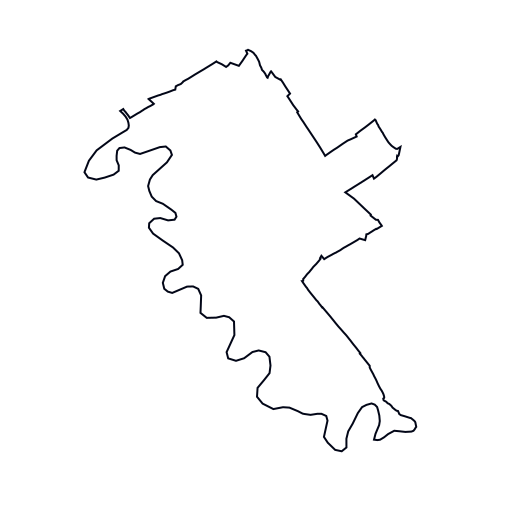 Rachiteni, Iasi, Romania, rotated 172°
{"feature_id": "2599482B67197687394814", "entity_name": "Rachiteni", "entity_type": "district", "adm_level": 2, "iso_a3": "ROU", "parent_name": "Romania", "parent_adm1": "Iasi", "projection": "orthographic", "projection_center": [26.897, 47.06], "detail": "fine", "context": "isolated", "style": "outline", "palette": "ink", "viewbox_px": 512, "rotation_deg": 172, "n_neighbors": 0, "source": "geoboundaries", "source_scale": "gbopen_adm2", "svg_char_len": 6031}
<svg xmlns="http://www.w3.org/2000/svg" viewBox="0 0 512 512"><g transform="rotate(172 256 256)"><path d="M367.0,420.0L370.3,418.5L367.8,415.4L365.8,412.3L364.3,408.9L363.8,405.7L363.8,402.9L364.5,400.6L366.5,398.8L370.6,397.1L381.9,392.3L399.1,382.8L408.2,373.6L413.7,363.8L414.2,362.8L411.4,357.1L403.5,353.9L394.9,354.7L385.7,356.4L380.1,359.5L379.3,364.9L380.7,370.2L380.1,374.6L378.8,379.6L376.2,381.9L371.1,381.8L365.4,378.5L361.4,375.2L356.6,373.2L348.3,374.8L336.1,377.2L330.1,377.0L326.1,372.4L325.2,367.8L331.2,361.1L347.0,350.5L350.4,346.5L353.1,340.3L352.6,335.3L351.0,329.3L347.3,324.3L341.0,320.7L333.5,313.8L329.8,309.9L329.3,306.0L331.6,303.3L338.1,303.5L345.5,306.9L351.7,307.1L357.2,303.3L358.1,298.9L354.8,292.5L346.2,284.3L337.0,276.0L331.9,269.4L329.7,262.1L329.8,257.5L334.9,254.0L342.9,252.5L348.8,248.7L352.0,242.4L351.4,236.3L348.3,233.0L344.1,231.1L328.5,235.3L322.5,234.6L317.8,231.5L315.8,224.6L317.7,213.9L318.9,207.4L313.4,201.6L304.0,200.5L296.1,201.2L291.1,199.1L286.9,194.2L288.4,180.7L294.1,171.8L298.5,164.9L297.8,158.5L290.4,155.0L282.0,156.4L272.9,161.4L266.5,162.1L259.9,159.4L256.7,154.4L256.9,145.5L258.9,138.1L265.3,132.0L272.8,125.2L274.6,116.5L270.0,108.9L260.1,102.0L250.3,102.5L244.0,101.2L236.1,96.5L231.7,93.4L230.0,92.8L224.1,91.1L217.2,91.2L213.1,90.6L208.7,87.8L208.1,83.0L210.3,77.1L213.9,67.4L210.9,61.1L204.6,53.0L198.3,50.7L193.1,53.8L191.9,62.5L189.1,69.5L183.6,76.5L180.1,81.7L177.0,86.3L172.0,91.6L167.3,93.2L162.1,93.9L159.1,92.3L157.1,89.6L156.6,86.3L156.1,80.8L156.4,75.3L157.6,71.4L162.4,63.3L164.7,57.7L161.4,56.8L158.7,56.8L154.5,58.6L149.9,61.3L143.4,63.7L138.0,62.4L132.6,61.0L126.6,60.5L126.1,60.6L124.4,61.0L123.0,62.3L122.0,63.6L121.1,64.5L121.2,66.3L121.3,67.6L121.3,68.5L121.5,69.6L122.1,70.6L123.3,72.0L125.2,74.0L126.0,74.2L131.2,76.7L134.8,78.3L136.2,79.7L136.4,80.8L137.0,82.8L138.3,83.2L139.5,84.3L140.4,85.3L141.9,86.9L142.6,88.4L143.3,89.4L144.6,90.9L146.2,91.9L146.7,92.7L147.4,93.6L147.8,93.9L149.2,94.9L149.7,95.4L149.8,96.1L149.8,97.1L148.9,97.6L148.7,98.1L148.7,99.2L149.0,101.3L149.6,103.3L150.3,105.2L151.1,106.8L151.6,108.0L152.4,110.2L152.9,111.8L153.5,113.7L153.8,114.9L154.3,116.6L154.8,118.1L155.4,119.7L155.9,121.1L156.2,122.3L156.7,123.6L157.3,125.2L157.8,126.5L158.4,128.1L158.9,129.8L158.7,131.5L160.0,133.6L161.7,136.5L163.0,138.6L163.5,139.6L164.2,140.6L165.2,142.4L165.9,143.5L166.8,144.8L166.2,145.3L166.7,146.2L167.3,147.2L167.7,147.8L168.7,149.6L169.6,151.2L170.7,153.0L171.8,154.8L173.0,156.9L174.2,159.1L175.3,160.9L176.5,163.0L177.7,165.0L179.9,168.2L182.3,171.9L184.2,174.7L186.6,178.6L188.0,181.0L189.7,183.8L190.5,185.2L192.2,187.9L195.3,192.8L197.3,196.0L197.6,195.8L198.3,197.0L198.9,198.2L199.6,199.2L200.8,201.5L201.3,202.5L202.3,203.7L202.9,204.7L204.0,206.6L205.7,209.4L207.2,211.9L209.2,215.4L209.9,217.1L210.9,218.7L213.3,223.4L213.9,224.7L213.5,224.7L212.7,225.0L212.5,225.9L212.5,226.6L210.3,228.5L208.0,230.8L206.2,232.2L205.6,232.6L204.7,233.5L202.6,235.4L201.5,236.5L200.8,237.2L198.3,239.1L197.6,239.6L194.1,242.7L192.5,244.3L192.9,244.9L191.2,247.1L188.9,243.4L186.8,244.4L185.2,245.1L180.5,246.8L179.9,247.1L179.0,247.4L177.6,247.9L176.4,248.2L175.3,248.7L172.6,249.7L171.6,250.1L169.3,251.3L167.5,252.1L165.8,252.7L165.1,253.0L164.1,253.4L162.6,254.0L161.7,254.3L159.5,255.2L158.5,255.6L153.4,257.7L151.0,258.9L145.7,256.5L145.3,257.4L144.8,258.8L144.3,259.9L144.1,260.5L143.7,262.1L142.5,262.2L141.8,262.3L139.5,263.4L137.9,264.1L136.0,265.0L134.6,265.6L133.2,266.2L132.8,265.9L127.2,268.3L127.4,268.8L129.1,272.0L130.2,274.8L132.2,275.2L136.9,280.1L136.5,281.0L142.3,288.2L146.0,292.9L151.0,299.2L158.7,306.6L137.0,316.3L136.4,316.6L135.7,316.9L134.6,317.4L129.4,319.8L128.4,316.2L125.6,317.7L120.9,320.6L117.9,322.5L114.8,324.4L111.4,326.4L108.8,328.0L104.0,330.9L103.6,331.1L103.2,331.7L102.9,332.5L102.7,333.2L102.7,333.7L102.5,335.0L102.3,335.5L101.8,334.9L100.8,335.8L100.0,337.8L97.8,343.9L101.2,342.4L101.3,342.4L101.7,342.5L102.5,342.7L103.0,343.1L104.0,344.0L105.2,345.1L106.4,346.3L107.8,348.3L109.0,350.1L110.0,352.2L111.6,355.7L112.3,357.4L112.9,358.9L113.4,360.5L114.0,361.4L114.8,363.4L115.8,365.6L116.5,367.0L116.6,367.3L116.8,368.6L117.5,369.9L118.1,371.8L118.3,372.7L118.6,373.8L119.3,374.6L120.3,373.9L122.5,372.6L126.6,370.2L130.3,368.1L134.1,366.1L136.1,365.0L138.1,363.8L140.2,362.6L139.7,360.3L146.3,358.3L147.9,357.9L149.3,357.5L154.6,355.0L160.7,351.9L164.3,350.3L167.9,348.5L170.4,347.2L172.2,346.3L173.6,345.5L174.7,348.2L177.4,354.5L180.1,360.4L183.5,367.5L186.9,374.6L187.9,376.6L190.6,382.4L192.0,385.1L193.3,388.1L195.2,392.6L194.2,393.3L195.7,395.8L196.8,397.8L198.1,400.1L201.9,408.3L202.6,409.7L202.7,409.9L202.6,410.0L200.2,411.7L199.7,412.1L203.4,419.9L205.2,424.0L206.9,427.4L207.3,427.1L212.0,430.6L214.7,435.6L215.4,436.8L215.6,436.7L216.5,435.6L217.9,433.7L218.9,432.5L219.7,430.9L220.2,431.3L220.3,431.6L220.6,432.6L221.0,433.5L221.2,434.2L221.5,435.2L222.7,437.5L223.9,439.1L224.2,439.6L224.3,440.2L224.4,441.0L224.6,441.8L225.0,443.0L225.2,443.4L225.5,444.3L225.7,446.3L225.9,448.0L226.9,450.9L228.2,454.3L229.1,455.5L230.0,457.2L230.8,458.1L232.5,459.6L234.6,460.9L235.2,461.3L235.8,461.0L237.3,460.7L236.4,457.5L237.0,457.0L238.4,455.5L240.8,452.8L242.2,451.2L246.5,446.7L254.5,450.9L257.0,448.6L259.3,447.4L263.1,450.6L267.7,453.6L268.1,454.2L269.0,453.8L270.7,453.0L272.9,452.0L275.0,451.1L276.1,450.6L277.3,450.1L278.2,449.7L279.6,449.1L281.6,448.2L285.0,446.8L291.2,444.2L295.2,442.4L298.6,440.9L301.2,440.0L303.9,438.9L304.2,438.4L305.2,437.7L306.3,436.9L307.9,436.4L309.1,436.2L311.8,435.2L312.8,432.0L315.1,431.7L318.3,430.9L321.6,430.2L324.4,429.7L326.4,429.4L328.2,428.9L330.5,428.6L340.0,426.6L340.5,426.4L336.0,420.9L336.6,420.5L337.9,420.0L338.9,419.6L339.9,419.2L341.9,418.6L344.3,417.6L346.0,417.0L347.5,416.2L348.9,415.6L350.9,414.6L353.6,413.6L355.9,412.6L359.6,411.0L361.6,410.2L362.7,412.4L363.4,413.7L364.0,414.7L364.6,415.7L365.1,416.7L365.6,417.3L366.2,418.3L366.7,419.2L367.0,420.0Z" fill="none" stroke="#020617" stroke-width="2"/></g></svg>